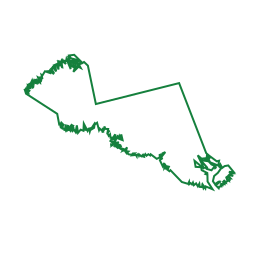 Kommuneqarfik Sermersooq, orthographic projection, rotated 69°
{"feature_id": "GRL-2739", "entity_name": "Kommuneqarfik Sermersooq", "entity_type": "state/province", "adm_level": 1, "iso_a3": "GRL", "parent_name": "Greenland", "parent_adm1": "", "projection": "orthographic", "projection_center": [-36.556, 66.454], "detail": "fine", "context": "isolated", "style": "outline", "palette": "green", "viewbox_px": 256, "rotation_deg": 69, "n_neighbors": 0, "source": "natural_earth", "source_scale": "10m", "svg_char_len": 5925}
<svg xmlns="http://www.w3.org/2000/svg" viewBox="0 0 256 256"><g transform="rotate(69 128 128)"><path d="M183.8,61.7L185.6,63.9L181.7,64.0L184.3,65.4L183.0,70.3L178.5,72.7L193.4,71.5L182.5,77.6L188.5,78.8L190.8,73.8L193.8,74.3L198.4,70.1L199.0,70.3L198.1,71.0L198.7,72.2L200.1,70.6L206.5,72.9L215.5,71.0L210.4,76.4L212.1,77.4L207.3,78.6L209.6,80.2L208.7,82.1L205.6,81.4L207.5,83.7L204.1,84.3L205.0,87.0L202.2,86.9L203.6,88.5L201.9,89.3L202.4,90.9L200.2,90.3L201.7,91.9L197.7,97.1L182.6,103.5L183.2,104.8L181.2,106.0L181.8,106.7L178.8,103.7L177.7,105.3L178.3,106.3L176.5,106.4L178.1,108.4L173.6,106.7L176.1,109.3L169.5,109.8L168.4,107.8L169.5,107.2L167.0,107.2L163.9,101.8L164.0,104.8L166.6,108.2L164.5,107.6L164.5,108.1L166.8,108.8L167.1,112.2L160.7,116.2L161.6,117.1L159.8,118.4L160.5,120.7L158.6,121.2L160.1,123.1L158.3,123.5L159.2,125.7L156.6,127.1L157.4,127.7L156.5,127.7L156.5,129.6L157.0,130.5L156.1,129.9L155.1,133.5L154.1,130.9L153.5,132.6L154.3,134.1L152.9,136.7L151.0,138.0L150.1,136.0L149.3,137.5L150.6,138.5L149.5,138.8L145.7,135.8L147.4,138.7L146.5,139.4L147.0,139.3L147.2,140.8L146.2,139.5L145.0,141.0L146.4,141.2L142.7,143.9L142.5,141.2L141.3,141.3L138.4,145.0L138.0,141.6L137.3,146.0L134.3,143.3L133.2,144.2L133.6,141.7L137.4,137.4L131.6,136.6L134.3,138.5L132.4,138.8L133.3,139.4L131.7,140.7L132.6,141.3L132.1,143.6L129.3,142.2L131.6,145.3L130.8,147.8L127.5,147.0L128.4,148.8L125.4,149.0L123.8,146.0L124.6,148.6L121.8,146.9L120.7,149.5L118.1,149.4L120.8,151.0L119.7,151.7L120.8,153.5L118.4,154.6L119.6,155.8L112.0,155.0L112.7,157.2L111.7,157.4L114.9,161.8L114.5,165.1L116.2,166.8L108.1,167.7L114.6,170.6L112.6,172.8L114.6,176.4L107.2,174.8L113.0,178.4L110.1,179.1L110.7,180.4L109.2,178.5L111.0,180.9L110.1,181.2L108.3,178.4L109.3,180.9L107.8,178.9L107.1,179.4L108.5,180.5L110.1,182.5L108.2,180.6L107.4,180.4L106.3,178.4L104.9,179.6L107.7,185.1L103.8,182.8L106.9,186.4L102.3,184.9L106.2,186.9L105.2,189.2L103.4,188.5L101.2,189.2L101.4,187.3L99.3,188.2L100.5,189.0L99.4,188.9L99.8,190.9L89.4,189.0L59.4,210.9L54.3,210.6L58.5,210.6L57.9,209.7L59.4,208.4L56.1,207.9L58.7,206.2L54.6,208.4L55.7,207.2L53.2,206.5L55.1,205.9L54.3,205.8L54.6,205.1L55.6,205.3L55.8,204.9L50.7,203.5L57.0,202.5L55.2,202.4L56.4,201.4L51.4,202.8L49.5,200.8L54.7,200.7L51.4,200.2L53.1,197.9L51.0,198.5L54.3,195.1L50.5,198.5L49.7,197.6L51.3,195.9L49.3,196.7L54.2,193.8L52.5,193.3L53.4,191.6L51.7,194.1L48.4,193.9L49.9,192.7L48.4,191.9L50.8,193.0L51.4,191.6L48.6,191.3L51.6,190.3L47.4,189.7L48.3,189.1L45.3,185.2L49.6,180.0L46.3,182.3L46.9,180.2L51.2,177.8L47.7,178.7L46.7,180.1L45.7,180.8L48.1,177.8L45.7,178.3L45.3,176.0L49.4,174.8L45.8,174.0L44.4,174.1L43.4,174.8L44.6,173.4L42.9,174.3L42.8,171.8L48.5,171.9L42.3,169.8L45.9,169.0L43.5,168.8L44.2,167.0L45.0,167.9L47.3,167.9L47.2,168.4L47.8,167.6L44.1,166.8L43.2,169.0L42.3,168.2L41.4,168.1L42.4,167.0L41.1,165.7L42.5,165.5L41.5,164.6L43.7,164.4L46.0,163.0L42.1,163.9L43.3,161.8L41.5,160.7L52.5,160.4L49.2,160.0L51.0,157.6L43.2,160.1L42.0,159.0L43.9,159.3L41.4,158.0L46.8,158.8L47.6,158.3L46.4,157.7L47.8,156.0L51.3,157.1L52.5,156.5L48.3,153.1L51.4,152.1L52.8,156.0L56.0,158.9L53.1,152.3L55.0,150.6L51.1,151.1L51.1,147.5L50.6,145.4L55.4,143.1L94.1,149.4L104.4,64.2L179.5,64.0L183.8,61.7ZM207.1,45.1L205.1,49.5L207.9,46.7L207.3,48.8L207.9,50.2L210.5,46.9L208.4,50.4L209.5,54.6L210.4,50.9L212.0,50.2L211.7,51.2L212.9,51.7L212.2,52.7L213.4,52.8L211.9,54.0L213.1,54.0L213.6,55.6L212.8,55.0L213.7,55.9L210.9,57.5L214.1,56.7L212.9,58.5L215.0,58.2L213.8,60.7L215.2,60.5L214.7,61.7L216.0,61.8L215.4,63.8L216.8,64.9L212.9,66.6L211.0,60.7L210.6,62.8L211.6,66.9L208.1,67.8L203.7,64.8L202.1,60.2L198.9,55.4L196.9,56.6L195.1,54.8L199.0,54.3L198.2,51.4L198.9,47.8L207.1,45.1ZM197.4,65.2L194.6,68.9L193.3,68.3L184.0,71.7L188.0,64.7L192.0,63.1L194.6,60.4L197.4,65.2ZM191.2,54.7L195.4,57.2L189.5,63.6L186.1,64.0L184.4,61.2L190.9,57.1L191.2,54.7ZM50.1,147.6L50.6,151.2L46.9,152.6L48.1,150.3L46.7,150.3L42.5,156.3L39.2,156.9L40.4,152.0L50.1,147.6ZM136.8,146.2L135.4,146.8L136.5,147.4L133.8,149.1L132.3,147.0L134.2,143.9L136.8,146.2ZM117.7,165.0L115.4,164.7L114.9,161.2L113.4,158.3L115.7,159.6L116.3,162.9L115.6,163.4L117.7,165.0ZM109.8,182.8L107.9,183.5L105.2,179.6L106.4,179.3L107.8,181.7L109.8,182.8ZM48.8,154.4L45.6,157.9L44.4,157.8L47.4,153.7L48.8,154.4ZM185.5,67.2L185.2,65.0L187.6,64.5L187.1,65.8L185.5,67.2ZM101.0,189.3L104.2,190.7L100.2,190.1L101.0,189.3ZM46.2,154.9L43.8,155.3L47.1,153.4L46.2,154.9ZM111.4,168.4L114.3,168.7L114.1,169.1L111.7,168.9L111.4,168.4ZM209.2,78.9L210.6,78.1L211.3,79.1L209.2,78.9ZM179.9,106.6L179.1,107.9L178.2,106.9L178.9,106.4L179.9,106.6ZM140.0,144.0L140.8,143.3L141.6,143.3L140.8,145.6L140.0,144.0ZM138.0,146.6L138.4,148.8L137.1,147.3L138.0,146.6ZM192.7,69.4L194.3,69.2L192.8,69.9L192.7,69.4ZM108.7,184.0L108.2,185.1L107.6,184.0L108.7,184.0ZM139.7,144.5L139.6,146.5L138.5,145.4L139.7,144.5ZM122.6,152.5L122.5,153.0L120.6,152.2L122.6,152.5ZM106.4,188.8L107.4,186.7L107.4,187.4L106.4,188.8ZM44.8,175.5L43.8,175.8L43.6,174.9L44.5,174.3L44.8,175.5ZM52.1,204.7L54.2,204.6L54.4,205.2L52.1,204.7ZM45.9,174.3L45.2,175.6L44.9,175.1L45.9,174.3ZM57.1,209.9L55.0,209.6L54.7,209.2L57.1,209.9ZM142.4,144.4L143.6,144.3L142.4,145.0L142.4,144.4ZM39.3,158.8L40.6,157.7L40.6,158.1L39.3,158.8ZM107.0,185.7L107.9,185.2L108.5,185.9L107.9,186.3L107.0,185.7ZM195.2,60.0L196.4,60.2L196.7,61.1L196.2,61.1L195.2,60.0ZM137.2,149.6L137.8,148.8L138.3,149.4L138.2,149.6L137.9,149.3L137.4,149.7L137.2,149.6ZM156.7,129.6L157.5,130.0L156.9,130.1L156.7,129.6ZM42.0,168.4L42.7,169.1L41.3,169.2L42.0,168.4ZM147.9,139.7L147.9,138.8L148.4,138.7L147.9,139.7ZM50.3,199.5L51.3,199.4L51.2,199.9L50.3,199.5ZM112.3,177.6L113.4,177.4L113.5,177.6L112.3,177.6ZM44.6,175.9L44.5,176.9L44.2,176.2L44.6,175.9ZM159.6,124.7L159.6,123.8L160.3,123.7L159.6,124.7ZM103.7,189.1L104.3,189.7L104.7,189.7L103.9,190.0L103.7,189.1ZM51.0,205.8L51.9,205.3L52.8,205.6L51.0,205.8Z" fill="none" stroke="#15803d" stroke-width="2"/></g></svg>